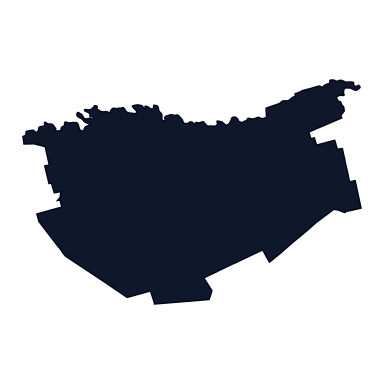 Sanmihaiu Roman, Timis, Romania (Robinson projection)
{"feature_id": "2599482B8747692698997", "entity_name": "Sanmihaiu Roman", "entity_type": "district", "adm_level": 2, "iso_a3": "ROU", "parent_name": "Romania", "parent_adm1": "Timis", "projection": "robinson", "projection_center": [21.074, 45.699], "detail": "fine", "context": "isolated", "style": "filled", "palette": "ink", "viewbox_px": 384, "rotation_deg": 0, "n_neighbors": 0, "source": "geoboundaries", "source_scale": "gbopen_adm2", "svg_char_len": 5864}
<svg xmlns="http://www.w3.org/2000/svg" viewBox="0 0 384 384"><path d="M269.5,262.1L281.1,252.6L286.7,247.7L293.7,241.6L305.6,231.8L316.6,222.1L333.8,209.3L334.7,209.3L336.0,209.7L338.2,210.0L343.3,212.0L345.0,212.5L346.4,211.3L351.6,210.3L361.0,208.1L355.1,180.6L349.7,181.9L348.8,178.5L347.9,173.8L345.1,161.9L344.5,158.1L343.6,154.7L343.4,153.6L342.4,148.8L342.1,148.6L341.1,148.6L337.4,149.4L334.7,140.3L316.5,145.1L314.3,137.8L310.9,138.8L308.8,132.0L341.7,117.9L341.0,116.5L340.9,115.8L341.1,115.3L341.6,114.4L344.2,111.0L344.3,110.6L344.0,109.5L343.8,107.4L342.9,106.1L342.6,106.0L341.3,104.3L341.1,103.9L341.1,102.8L340.9,102.3L340.3,101.8L339.2,101.5L338.2,100.9L336.9,99.2L336.7,98.7L336.6,98.1L336.7,97.1L336.8,96.9L337.4,96.3L338.2,96.0L339.3,95.3L341.1,95.4L342.4,95.2L343.2,95.5L343.8,95.3L344.0,95.2L344.1,94.8L343.5,93.4L343.6,90.3L343.7,89.9L344.0,89.3L345.5,88.0L347.2,87.8L348.7,88.1L349.9,87.9L350.2,87.9L353.7,89.6L356.0,90.4L357.5,89.7L359.9,87.7L360.0,87.4L360.0,87.0L359.7,86.4L359.3,85.9L358.2,85.3L357.4,86.1L356.6,86.3L355.3,86.3L354.4,85.9L353.9,85.1L353.3,82.3L352.3,82.3L351.2,82.0L350.0,82.0L348.0,82.1L346.7,82.3L345.9,82.2L341.9,80.5L340.8,80.3L339.4,80.4L337.9,81.2L337.3,81.2L335.6,81.0L334.4,80.3L333.4,80.0L331.3,80.0L330.7,80.1L330.0,80.5L329.8,81.3L329.8,81.8L330.2,83.0L330.1,83.4L327.4,84.0L324.7,85.2L324.0,85.7L323.0,87.1L321.8,87.0L319.1,86.1L318.6,86.1L310.6,88.5L301.8,90.8L301.5,91.3L300.6,91.9L299.1,92.2L297.7,93.0L295.9,93.4L295.3,93.7L295.1,94.2L295.3,96.0L295.3,96.5L294.8,96.8L292.9,97.1L292.4,97.6L289.2,100.1L289.0,100.4L288.7,100.6L287.4,100.9L283.8,100.8L282.9,101.0L282.2,101.3L281.5,101.8L280.0,103.2L279.1,103.7L266.0,108.2L266.6,117.9L265.4,117.8L263.3,118.6L262.1,118.6L260.3,118.1L259.1,117.5L258.5,117.3L257.3,117.6L253.5,118.9L251.5,119.0L248.7,118.3L248.1,118.4L247.7,118.8L247.2,119.3L246.6,120.3L246.1,120.8L243.7,121.6L242.9,122.4L242.1,122.6L240.6,122.2L239.2,121.6L238.7,121.2L238.3,120.7L238.1,119.6L237.3,118.6L236.1,117.6L234.5,117.0L233.1,117.2L231.7,118.2L231.4,118.9L231.3,119.9L229.7,123.0L228.8,124.0L227.9,124.7L226.4,125.2L225.9,125.1L224.5,124.1L221.8,121.9L218.0,121.1L217.3,121.1L217.0,121.4L217.0,121.5L217.3,122.4L217.5,123.3L217.5,123.7L217.2,124.7L215.9,125.9L214.4,126.3L212.1,126.1L207.7,126.1L206.9,125.7L204.3,122.9L203.8,122.1L203.2,121.8L200.9,122.3L199.4,122.9L197.8,122.8L196.3,122.4L195.7,122.8L195.1,123.6L194.2,124.0L194.0,123.9L192.2,122.3L190.6,121.8L187.4,123.6L185.8,123.6L183.8,123.3L183.6,123.2L183.3,122.7L182.9,121.4L182.1,119.3L181.0,118.4L180.4,117.5L179.5,116.7L178.8,115.8L178.1,115.3L177.3,115.1L175.8,115.1L175.6,115.5L175.0,115.7L172.3,114.8L170.8,114.8L169.6,115.0L168.8,115.4L166.3,116.0L165.2,116.7L164.9,117.1L164.6,117.9L165.2,119.6L165.2,120.3L164.8,120.7L164.1,120.9L163.1,120.7L162.8,120.5L161.8,119.0L161.8,118.0L161.9,116.4L161.9,114.8L161.3,113.5L159.9,112.3L158.9,110.7L158.7,110.2L158.4,108.9L158.4,108.1L158.0,107.0L157.3,106.2L157.2,105.9L154.7,105.3L154.2,105.2L153.9,105.4L153.7,105.8L153.6,106.4L153.6,108.0L153.5,108.3L153.0,108.7L152.0,109.1L150.9,108.8L149.3,107.9L147.6,106.7L146.0,106.2L145.4,106.2L145.3,106.3L145.0,106.9L144.9,108.7L144.4,109.2L143.9,108.9L143.7,108.7L142.9,106.9L142.4,106.2L141.8,105.7L141.4,105.6L138.6,105.0L137.2,104.9L133.5,105.6L132.7,105.9L132.5,106.1L132.6,106.6L133.5,107.8L136.3,110.7L136.8,111.5L136.8,112.0L136.3,112.9L135.6,113.5L134.9,113.7L133.7,113.6L132.2,113.2L130.6,113.2L128.7,112.8L127.9,112.8L127.0,112.2L126.0,111.1L125.3,110.3L124.5,108.9L123.3,107.7L123.0,107.6L122.0,107.8L120.5,108.4L119.4,108.1L117.1,108.6L116.1,108.7L115.2,108.5L114.1,108.2L112.6,108.5L112.4,108.6L111.6,109.6L110.6,110.7L110.6,111.6L110.4,112.2L110.1,112.4L109.4,112.6L108.9,112.5L106.7,111.7L105.8,111.6L102.6,111.9L100.0,111.1L98.7,110.1L96.9,109.2L96.8,108.8L97.1,107.6L97.2,106.7L96.8,106.2L96.2,105.8L95.1,105.7L94.6,105.8L93.8,106.9L92.9,107.8L92.3,108.5L91.5,109.3L91.2,109.4L89.2,109.8L88.1,109.8L85.7,109.5L84.6,109.7L84.5,109.9L84.6,110.5L85.1,111.1L88.1,112.4L89.9,113.7L90.0,114.2L89.9,115.0L89.9,116.0L90.0,116.5L90.1,116.8L90.9,117.0L92.7,116.9L93.3,117.0L93.8,117.8L93.8,118.3L93.6,118.8L93.3,118.9L92.2,119.0L88.9,118.5L85.5,119.0L84.7,118.8L84.3,118.5L83.1,116.8L81.9,114.7L78.4,112.5L77.6,112.6L77.2,113.2L77.0,113.8L76.9,115.0L77.2,115.9L77.5,116.3L78.9,117.3L80.9,118.3L82.2,119.2L83.0,120.0L83.7,120.9L85.0,122.1L87.5,123.2L89.7,123.8L89.9,124.1L89.8,124.7L89.6,124.9L86.0,126.7L85.0,127.4L84.5,128.3L83.9,130.3L83.3,131.0L82.7,131.1L82.0,131.1L80.8,130.3L79.8,130.0L79.5,129.5L78.3,125.0L77.4,123.2L77.0,122.9L76.7,122.7L75.9,122.6L73.8,122.6L73.4,122.4L70.8,122.9L68.5,122.9L67.3,122.6L65.9,122.0L65.2,122.1L64.6,122.9L64.6,124.7L64.4,125.4L64.1,125.8L62.1,127.0L61.5,127.6L61.1,128.6L61.0,129.0L61.1,129.9L60.9,130.4L59.8,131.0L58.1,130.8L56.3,131.2L55.8,130.9L55.6,130.6L55.6,130.2L55.7,129.4L55.7,128.8L55.6,128.5L53.0,125.0L52.7,124.7L51.7,124.2L51.0,124.1L47.8,123.9L46.9,123.4L45.9,122.6L45.0,122.2L44.8,122.2L44.6,122.4L44.6,123.3L44.7,124.7L44.6,125.3L44.3,125.7L43.9,126.0L42.9,126.3L42.5,126.5L40.8,126.5L40.0,126.8L39.2,127.3L39.0,127.5L38.8,128.2L38.5,130.3L38.2,130.8L36.8,132.5L35.9,132.4L35.6,132.2L33.7,130.6L33.3,130.3L32.5,130.2L28.9,130.9L26.7,131.2L26.2,131.5L26.0,134.0L25.8,134.8L25.4,135.3L24.9,135.7L23.0,136.5L24.0,144.0L34.0,143.8L45.2,146.6L49.3,165.0L44.8,165.9L49.0,183.5L51.4,183.0L54.3,192.8L60.8,191.6L60.5,194.6L60.2,196.8L59.7,198.0L57.6,200.4L60.0,200.0L61.8,207.0L61.5,207.3L57.7,208.2L36.9,214.0L38.8,220.8L38.8,221.3L56.8,244.8L60.1,248.8L63.1,253.2L65.3,255.9L69.8,259.0L103.2,281.1L127.2,297.4L150.4,290.9L151.9,295.1L154.4,302.9L154.5,304.0L209.0,299.5L211.8,291.3L211.6,290.1L203.7,277.9L210.5,274.6L215.1,272.5L219.3,270.4L233.6,263.5L234.0,263.5L262.7,249.8L266.8,257.5L269.5,262.1Z" fill="#0f172a" stroke="#020617" stroke-width="1.5"/></svg>